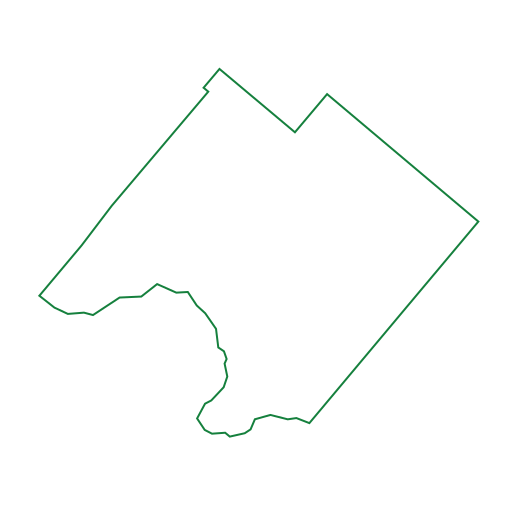 Roger Mills, Oklahoma, United States of America, rotated 220°
{"feature_id": "52423323B14200891286465", "entity_name": "Roger Mills", "entity_type": "district", "adm_level": 2, "iso_a3": "USA", "parent_name": "United States of America", "parent_adm1": "Oklahoma", "projection": "mercator", "projection_center": [-99.698, 35.717], "detail": "fine", "context": "isolated", "style": "outline", "palette": "green", "viewbox_px": 512, "rotation_deg": 220, "n_neighbors": 0, "source": "geoboundaries", "source_scale": "gbopen_adm2", "svg_char_len": 688}
<svg xmlns="http://www.w3.org/2000/svg" viewBox="0 0 512 512"><g transform="rotate(220 256 256)"><path d="M107.8,425.3L305.6,425.7L305.7,375.8L363.0,375.8L404.2,375.8L404.3,351.2L398.2,351.2L398.8,201.8L396.4,152.0L396.4,86.3L377.2,86.9L362.9,90.7L351.4,102.0L342.9,106.0L333.8,136.5L317.8,151.2L313.7,170.9L293.5,176.7L285.1,184.6L269.6,180.0L258.1,179.5L239.8,174.5L226.1,161.7L219.3,162.4L212.3,158.2L210.9,153.4L200.5,145.2L196.4,134.7L197.4,116.6L200.1,110.1L196.7,93.7L183.5,89.8L175.5,91.6L166.0,100.8L160.0,100.8L150.7,113.0L148.7,119.7L151.9,130.2L142.8,143.5L126.7,151.3L120.9,157.8L107.7,162.3L107.8,312.6L107.8,425.3Z" fill="none" stroke="#15803d" stroke-width="2"/></g></svg>